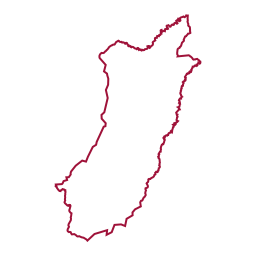 Jordão, Acre, Brazil
{"feature_id": "56859067B10244849047015", "entity_name": "Jordão", "entity_type": "district", "adm_level": 2, "iso_a3": "BRA", "parent_name": "Brazil", "parent_adm1": "Acre", "projection": "natural_earth1", "projection_center": [-71.804, -9.222], "detail": "fine", "context": "isolated", "style": "outline", "palette": "rose", "viewbox_px": 256, "rotation_deg": 0, "n_neighbors": 0, "source": "geoboundaries", "source_scale": "gbopen_adm2", "svg_char_len": 5776}
<svg xmlns="http://www.w3.org/2000/svg" viewBox="0 0 256 256"><path d="M200.3,61.5L199.3,61.0L198.9,60.2L198.3,59.9L197.2,58.9L195.9,59.1L195.1,59.5L194.2,59.4L193.5,59.6L192.9,59.2L192.3,58.1L190.9,56.7L190.2,56.4L189.6,55.7L188.7,55.3L177.7,56.4L178.0,55.7L177.2,54.2L177.2,52.6L177.6,49.3L178.1,48.6L179.6,47.8L179.8,47.0L180.3,46.8L181.1,45.7L182.0,42.7L183.9,40.8L183.9,40.2L183.7,39.7L185.1,36.5L186.2,36.2L186.4,35.6L187.3,34.8L188.0,33.7L188.6,33.7L190.3,33.0L190.3,32.2L189.9,30.9L190.1,30.3L189.9,27.5L189.7,26.9L189.2,26.4L188.6,26.1L188.2,25.4L188.3,23.9L187.7,22.5L187.7,21.9L187.5,21.4L187.8,20.7L187.6,18.3L187.8,15.5L186.9,15.5L186.2,15.4L185.9,16.1L184.7,17.2L184.1,17.0L183.4,16.5L182.7,16.9L180.8,17.5L179.9,18.2L180.4,20.5L179.8,21.1L179.3,21.2L178.8,20.9L179.2,20.2L178.9,19.1L178.2,18.7L177.7,19.7L176.2,20.8L176.5,21.7L177.5,23.2L176.9,23.7L175.7,23.0L174.9,22.9L174.3,23.3L173.9,24.7L173.1,25.0L172.6,24.5L172.1,24.6L171.4,25.2L170.5,26.7L169.9,26.7L168.5,25.2L167.9,25.5L167.1,25.5L166.6,26.0L166.8,27.0L167.2,27.6L167.8,28.0L168.0,28.8L167.1,29.1L166.5,28.8L165.1,29.2L164.9,31.2L163.7,30.8L162.6,31.5L161.9,30.9L161.6,29.9L160.8,30.2L160.6,30.7L160.9,31.8L160.8,32.5L161.4,33.0L161.4,33.6L160.7,33.5L160.4,34.8L160.0,35.1L159.5,35.0L159.0,35.2L158.9,36.2L157.2,36.0L156.8,37.9L155.6,37.8L155.1,38.0L154.9,38.7L155.0,39.6L155.3,40.4L153.1,41.8L152.7,42.4L153.0,43.8L152.8,44.7L152.4,45.3L151.0,46.2L150.0,47.7L149.6,47.9L149.2,47.3L149.3,46.6L149.0,46.0L148.3,46.0L147.4,46.3L147.7,47.1L147.7,48.0L147.1,48.8L144.7,49.3L144.3,50.0L143.4,50.2L142.0,49.7L141.6,50.5L140.5,50.0L139.9,49.3L138.9,50.0L138.3,49.3L138.6,48.6L138.3,48.1L137.6,48.0L137.2,48.7L136.6,49.1L136.2,48.6L135.4,48.6L134.5,48.2L133.4,47.1L132.0,46.8L131.3,47.3L130.7,46.9L130.6,46.3L130.2,46.0L128.9,46.3L128.4,46.1L128.5,45.1L127.8,44.9L127.0,43.1L126.5,42.9L126.1,43.5L125.5,43.7L125.2,43.1L124.7,43.3L124.4,42.8L123.1,42.3L122.2,42.6L121.6,41.9L121.2,42.1L119.5,41.7L119.0,41.0L118.4,40.7L116.1,42.1L114.7,44.4L114.3,44.6L113.8,44.5L112.7,44.8L112.4,45.2L111.7,45.3L110.1,46.3L108.8,47.4L108.5,48.1L107.2,49.7L106.7,50.0L105.8,51.1L105.2,51.4L104.1,52.7L103.0,53.1L101.5,52.9L100.1,54.3L99.5,55.6L99.4,57.0L99.7,58.1L105.7,64.9L104.0,71.4L107.0,73.6L107.3,75.4L108.3,78.7L108.1,84.8L105.9,90.0L107.7,98.0L104.3,112.3L101.5,114.9L101.7,118.7L105.7,123.2L105.4,126.2L103.7,126.7L96.7,141.9L96.1,144.8L92.8,146.9L87.9,156.8L86.0,161.6L82.2,160.6L75.7,165.7L71.1,171.5L70.6,173.1L70.7,174.5L68.8,177.2L66.4,177.3L67.1,180.0L63.6,181.1L62.6,183.4L61.9,184.1L55.8,184.5L56.0,185.3L55.6,186.1L56.1,186.7L56.6,186.6L57.0,188.0L58.4,189.9L59.5,191.0L60.5,191.1L60.6,190.5L62.1,189.7L62.5,189.1L64.1,189.5L64.7,190.5L65.3,190.3L65.5,192.0L65.2,193.7L65.3,194.5L65.0,195.8L65.2,197.6L64.9,199.2L65.2,200.4L64.5,202.2L64.9,203.1L67.5,205.6L68.4,205.8L68.6,205.1L69.4,204.9L70.1,205.0L70.5,205.9L69.6,209.4L69.3,210.0L69.3,210.7L69.5,211.4L70.2,212.3L70.8,212.9L71.5,213.3L71.0,216.7L70.7,217.3L71.0,218.6L70.8,220.3L68.6,224.2L68.4,225.4L69.0,226.8L67.8,229.0L67.5,230.2L67.8,231.3L69.0,232.1L69.9,231.9L70.7,232.2L71.2,233.5L71.9,234.4L74.3,234.1L75.9,235.1L77.0,236.2L77.9,236.5L79.2,236.2L81.6,237.3L83.6,237.7L86.5,239.5L87.4,240.6L94.5,234.0L107.1,230.2L106.6,234.8L111.7,232.2L114.5,224.9L121.1,224.4L125.1,226.0L126.6,218.8L132.6,215.3L132.5,212.4L135.1,209.3L140.8,206.4L140.2,202.3L141.0,200.8L142.1,200.6L142.6,200.0L142.8,199.2L143.2,198.7L143.7,197.5L144.6,196.9L145.7,195.1L145.6,194.2L145.2,193.2L145.6,191.3L146.0,190.5L145.4,189.0L145.6,188.2L146.3,188.1L147.6,187.4L147.9,186.6L147.8,185.7L146.6,183.4L147.0,182.8L148.0,182.0L148.4,180.6L148.3,179.6L148.6,179.1L149.1,178.9L150.3,179.0L151.3,178.0L152.7,177.4L153.8,176.5L154.1,175.9L154.3,175.0L155.4,174.4L155.2,172.8L155.6,172.5L156.0,171.9L156.8,172.2L157.5,172.1L157.6,171.1L158.1,171.0L158.5,170.5L158.4,169.6L158.8,169.0L158.7,168.3L159.3,167.9L159.9,166.9L159.6,166.2L159.6,165.6L159.2,165.2L159.6,164.6L159.5,163.6L159.9,162.7L159.7,161.6L159.6,159.7L159.3,158.7L158.7,158.3L158.4,157.7L158.7,157.2L158.3,156.6L158.8,156.3L158.8,155.4L159.2,154.4L158.6,154.0L159.9,151.8L160.7,151.6L160.6,151.0L161.0,149.1L160.7,148.4L161.1,146.6L161.8,144.8L163.1,144.3L162.9,143.8L163.6,143.3L164.0,142.5L164.3,141.0L164.7,140.2L164.7,139.3L164.1,139.2L164.0,138.4L163.4,137.9L164.4,136.4L165.1,136.8L166.0,135.4L166.7,135.2L167.3,135.5L167.6,135.0L168.2,135.0L168.4,134.3L168.4,133.6L169.0,133.0L170.8,132.6L170.7,131.3L171.1,130.8L171.8,130.8L172.1,131.3L172.3,129.7L172.7,128.8L173.0,127.2L173.6,126.9L173.6,125.3L173.2,124.8L174.0,124.7L174.2,123.4L174.8,123.5L175.2,124.7L175.7,124.2L175.8,123.4L175.4,122.8L177.1,122.1L178.0,121.1L176.8,120.5L176.5,120.0L176.9,118.6L177.0,117.4L177.6,116.8L177.0,115.4L177.4,114.6L176.7,114.4L176.2,112.6L179.0,109.5L179.7,109.4L179.4,108.8L178.8,108.4L178.6,107.6L178.0,107.2L179.4,106.7L179.7,105.2L179.8,103.5L179.0,103.0L179.3,102.4L179.9,102.8L179.8,102.1L179.5,101.7L179.6,101.0L178.9,100.4L179.2,99.5L179.7,99.1L179.9,98.6L181.1,98.6L181.1,97.8L181.5,97.1L182.0,96.8L181.4,96.3L181.4,95.7L181.0,95.2L180.9,94.4L180.4,93.9L180.3,93.3L180.4,92.6L180.9,91.7L180.7,90.9L181.2,90.1L181.1,89.0L181.7,88.5L181.5,87.4L181.8,86.2L182.4,86.3L182.8,86.0L183.0,85.4L182.9,84.4L183.3,83.8L183.6,83.1L182.8,82.1L183.4,81.5L184.2,81.3L184.8,80.0L185.4,80.4L185.7,79.8L185.5,79.0L185.8,77.9L185.1,77.6L184.9,77.0L186.3,74.9L186.8,73.8L187.5,73.9L188.0,73.2L188.8,73.5L189.4,73.1L189.4,71.7L189.9,71.4L190.5,72.1L191.0,72.0L191.6,70.2L191.3,69.6L191.8,69.1L192.1,68.1L192.7,67.6L192.7,66.6L194.3,66.4L194.7,65.6L195.4,65.6L196.0,65.9L196.3,65.1L197.1,65.6L197.5,65.1L197.3,64.2L198.2,63.4L198.3,62.8L199.6,63.7L200.1,63.4L200.4,62.7L200.3,61.5Z" fill="none" stroke="#9f1239" stroke-width="2"/></svg>